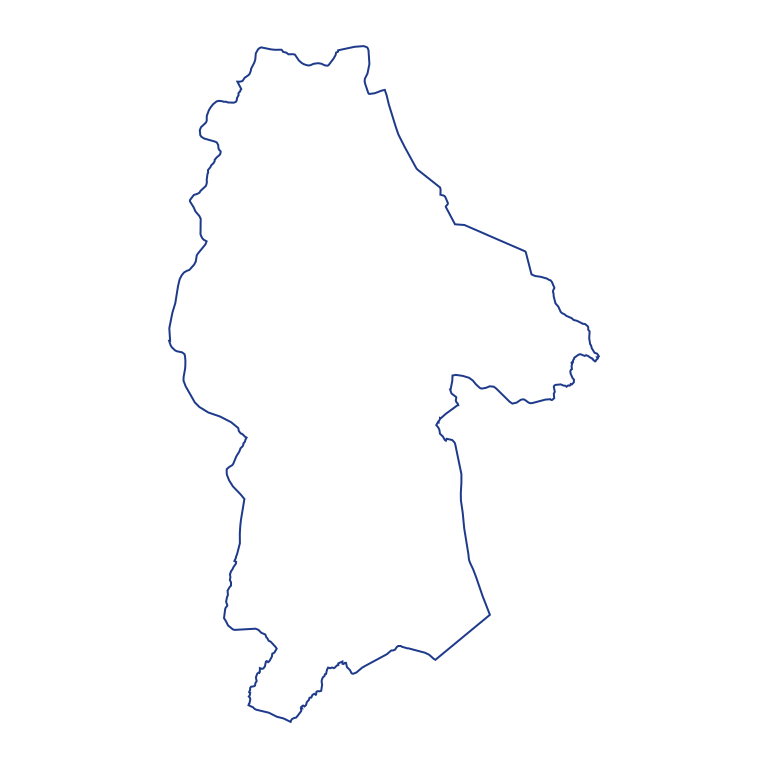 Gnagna, Gnagna, Burkina Faso (Natural Earth projection)
{"feature_id": "67063806B53557788130503", "entity_name": "Gnagna", "entity_type": "district", "adm_level": 2, "iso_a3": "BFA", "parent_name": "Burkina Faso", "parent_adm1": "Gnagna", "projection": "natural_earth1", "projection_center": [0.002, 12.916], "detail": "fine", "context": "isolated", "style": "outline", "palette": "blue", "viewbox_px": 768, "rotation_deg": 0, "n_neighbors": 0, "source": "geoboundaries", "source_scale": "gbopen_adm2", "svg_char_len": 6061}
<svg xmlns="http://www.w3.org/2000/svg" viewBox="0 0 768 768"><path d="M237.4,81.7L241.3,89.1L240.5,90.0L240.1,91.5L238.8,92.6L238.4,93.8L238.6,95.1L236.9,98.2L237.0,99.0L236.3,101.4L235.2,102.2L233.5,102.7L227.5,102.4L226.1,101.7L224.0,101.8L221.1,101.0L218.6,100.9L216.6,101.4L213.1,104.2L210.6,107.4L208.9,110.2L206.8,115.8L206.7,120.8L206.0,122.5L201.0,127.2L199.8,130.2L200.3,135.2L201.4,136.8L204.1,138.5L215.0,141.6L216.8,142.5L218.2,145.0L218.5,148.5L219.2,149.8L220.6,151.3L220.6,152.5L220.3,153.7L219.6,155.0L216.7,157.4L214.7,159.8L214.6,161.3L213.3,163.4L211.3,165.2L210.3,167.3L208.0,170.1L208.1,172.8L207.5,173.8L206.7,179.9L206.9,182.4L206.0,185.8L200.5,190.9L199.5,192.6L197.7,193.7L193.8,195.0L190.0,200.0L189.9,201.0L190.4,202.1L193.7,207.4L195.4,211.4L199.3,215.9L200.7,218.8L200.5,234.4L201.3,236.3L202.4,238.4L203.8,239.8L206.6,241.3L205.4,244.4L197.7,253.8L196.7,255.6L195.8,261.4L194.2,264.5L189.3,270.0L187.1,270.7L184.1,272.4L181.9,275.0L179.7,279.1L178.0,286.3L175.3,303.1L172.4,312.7L169.3,328.2L170.1,340.8L169.1,340.8L170.7,345.5L171.9,347.4L175.1,350.4L176.7,351.2L182.2,352.4L184.5,354.2L185.0,356.0L185.4,360.8L185.3,366.0L185.1,368.7L183.6,377.1L183.5,380.6L185.6,386.2L194.8,402.4L199.4,407.0L208.3,412.5L220.0,416.5L231.1,422.2L238.2,428.0L238.9,431.2L240.8,433.5L242.2,433.9L245.2,436.9L246.6,437.6L245.4,439.8L245.0,441.6L243.4,443.4L243.5,444.0L242.7,446.2L240.5,448.3L239.4,451.4L236.3,456.4L233.3,463.7L232.2,465.2L229.2,467.0L226.7,469.2L226.7,473.2L227.1,475.3L229.2,480.5L232.9,486.4L240.6,494.4L244.4,499.0L241.0,519.6L240.3,525.6L239.8,533.9L239.9,543.2L237.1,554.1L235.9,557.1L236.0,557.7L234.4,561.0L236.1,561.8L235.9,563.6L233.6,566.9L232.2,569.8L231.0,571.2L230.6,572.9L230.2,573.3L230.0,574.6L230.4,577.0L229.9,580.2L231.0,582.2L231.0,585.6L229.5,587.3L227.6,590.6L227.9,595.1L227.0,597.2L226.1,601.8L227.3,605.3L227.1,606.1L225.8,607.5L225.2,609.0L224.0,618.1L226.1,621.5L228.0,625.4L232.9,629.4L234.7,629.9L255.4,628.7L258.4,629.8L261.3,632.8L265.3,634.5L266.4,637.4L267.1,637.9L268.6,640.7L270.8,641.8L275.7,647.1L276.7,648.7L274.3,652.7L272.3,653.7L271.9,656.6L269.4,661.1L268.1,662.2L266.8,661.1L265.9,661.7L264.9,666.4L263.4,668.4L261.9,668.9L259.9,668.1L259.8,672.1L259.3,672.9L258.5,672.6L257.2,673.8L256.2,676.5L255.9,677.8L256.7,681.1L255.5,682.8L255.0,685.6L254.1,686.2L250.9,686.8L250.1,688.1L250.1,690.3L249.2,691.7L249.2,692.4L250.2,692.9L249.7,695.5L248.8,696.5L249.9,697.8L250.3,699.3L249.4,703.5L249.0,703.7L248.5,705.2L253.2,707.4L254.5,708.8L256.2,709.7L268.8,712.7L276.8,716.7L283.7,718.5L290.6,721.9L291.2,720.2L292.1,719.0L293.8,718.1L296.1,717.6L297.8,715.6L301.1,711.2L301.3,710.6L300.9,708.4L302.1,708.4L301.3,706.9L302.7,705.7L303.3,705.6L304.4,706.5L306.0,705.1L306.9,702.0L308.9,699.9L309.4,698.0L310.2,697.5L311.3,697.5L312.4,695.0L314.2,693.8L315.8,694.8L316.1,694.5L316.4,691.9L317.4,691.2L319.6,691.3L321.2,690.8L322.1,684.8L321.6,681.3L322.0,679.3L323.0,677.2L324.5,676.0L324.9,674.3L326.1,673.9L326.9,670.0L328.1,667.6L330.2,668.2L332.0,667.5L333.9,668.1L334.5,667.9L337.0,665.4L338.3,665.1L338.3,663.4L342.4,661.5L342.5,663.8L343.6,664.0L344.8,662.9L346.0,662.9L347.0,667.2L349.9,670.0L351.6,673.3L353.1,673.8L356.4,672.5L362.2,667.6L365.2,665.9L386.9,654.2L391.2,650.5L393.2,650.4L395.0,649.7L396.8,647.0L398.2,646.0L400.8,646.0L402.0,646.8L407.7,648.4L408.3,648.3L424.9,652.7L429.1,654.7L433.7,658.8L435.4,659.8L489.9,614.8L482.6,596.1L476.1,577.1L473.0,569.0L469.9,562.5L468.9,559.3L468.4,554.2L464.2,528.3L462.7,512.6L460.9,500.2L460.8,493.4L461.4,482.5L461.4,474.1L455.3,444.6L454.6,442.6L452.2,440.0L446.7,438.8L445.9,440.7L444.8,439.9L442.8,436.4L440.0,433.8L439.3,429.5L438.3,427.6L436.3,425.1L438.0,422.0L438.6,422.4L438.8,421.3L440.0,419.0L440.0,417.9L440.9,418.2L445.7,413.9L457.6,405.2L458.2,405.2L457.7,403.5L456.4,402.2L455.8,400.4L456.3,397.6L456.1,397.0L451.5,393.5L450.1,389.5L450.6,389.5L452.3,380.7L452.5,375.5L455.9,374.9L462.8,375.9L469.1,377.8L472.9,380.6L476.1,384.5L479.8,387.9L481.5,388.6L485.8,387.9L489.7,386.3L493.8,386.7L496.3,388.6L509.7,401.8L512.4,403.6L516.7,402.6L520.8,399.8L523.1,399.3L524.6,399.7L528.6,402.6L530.3,403.2L532.1,403.1L545.4,399.6L550.3,399.2L550.9,399.8L552.0,400.0L554.2,398.2L553.8,393.8L554.8,391.8L553.8,386.8L554.0,386.0L555.4,384.9L560.8,384.4L563.5,385.6L565.2,385.7L566.6,386.7L568.2,385.4L569.6,385.7L570.3,385.1L570.7,384.0L571.8,384.4L573.8,382.4L574.0,379.7L572.6,378.1L570.6,373.6L570.3,371.4L571.0,369.7L571.9,369.2L571.6,366.1L572.1,363.9L571.5,362.8L571.8,362.3L572.9,362.3L573.1,360.3L574.1,358.8L574.2,357.8L578.5,354.7L580.4,354.2L584.6,355.9L586.1,355.2L588.4,356.1L589.8,357.3L592.6,358.7L592.6,359.3L595.0,361.4L595.5,361.3L595.9,360.3L597.8,358.5L597.0,357.2L598.3,357.0L598.9,356.3L597.1,353.7L594.5,352.7L591.7,348.1L591.1,345.5L590.2,344.3L589.2,338.3L589.6,331.4L588.2,329.7L588.2,327.3L587.8,326.3L585.0,324.0L582.9,323.8L577.2,320.9L573.5,319.9L571.6,318.1L566.2,315.8L564.7,314.4L562.1,313.2L560.7,311.9L558.3,306.6L555.5,303.4L553.7,296.4L553.5,293.2L552.9,291.9L553.2,290.3L554.4,287.9L551.9,282.0L550.5,280.3L549.3,280.0L546.7,278.5L540.7,276.8L535.1,276.0L531.5,274.4L525.8,252.2L525.2,251.4L464.4,225.0L455.0,224.3L445.9,207.1L445.8,206.4L447.7,204.2L447.9,203.1L445.6,197.7L444.8,196.3L443.7,195.6L440.4,194.7L440.6,189.9L440.1,187.5L417.5,169.6L416.3,168.2L404.8,147.2L398.4,134.5L396.0,127.6L388.8,104.4L386.7,95.5L384.8,89.9L381.7,90.6L374.9,93.2L370.0,93.9L368.7,93.7L368.1,92.5L365.2,83.9L364.6,81.2L364.9,78.7L367.5,73.5L369.4,64.0L368.5,50.3L367.7,48.1L366.7,47.1L363.6,46.1L354.6,46.8L338.1,50.3L338.1,51.6L336.1,52.6L335.5,55.2L333.5,58.7L328.6,65.1L327.7,65.7L325.0,65.4L321.3,63.7L318.1,63.2L313.5,63.8L310.5,65.2L308.2,65.5L306.3,65.0L303.8,64.2L301.5,62.8L298.8,60.4L294.9,54.6L293.1,54.2L288.4,54.3L286.4,52.7L283.0,51.8L282.0,50.1L281.2,49.7L275.3,49.8L271.1,49.4L261.3,47.4L259.6,48.0L258.1,49.3L255.8,53.3L255.3,59.4L254.4,62.4L251.1,68.8L250.8,70.8L249.5,74.1L247.9,75.6L244.7,77.7L242.4,81.1L239.7,81.7L237.4,81.7Z" fill="none" stroke="#1e3a8a" stroke-width="2"/></svg>